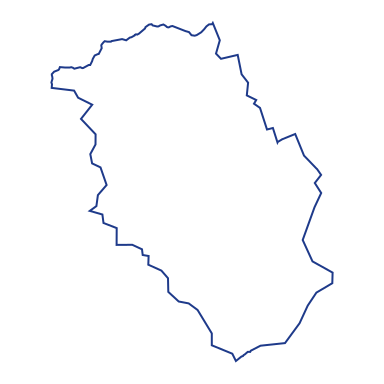 Haywood, North Carolina, United States of America
{"feature_id": "52423323B65247392842469", "entity_name": "Haywood", "entity_type": "district", "adm_level": 2, "iso_a3": "USA", "parent_name": "United States of America", "parent_adm1": "North Carolina", "projection": "mercator", "projection_center": [-83.035, 35.542], "detail": "fine", "context": "isolated", "style": "outline", "palette": "blue", "viewbox_px": 384, "rotation_deg": 0, "n_neighbors": 0, "source": "geoboundaries", "source_scale": "gbopen_adm2", "svg_char_len": 1761}
<svg xmlns="http://www.w3.org/2000/svg" viewBox="0 0 384 384"><path d="M212.8,23.0L212.1,24.2L209.0,24.4L206.4,26.4L204.2,29.2L201.2,32.3L196.7,35.1L194.7,35.7L191.5,35.2L189.0,32.1L185.5,31.1L172.4,26.0L170.6,26.4L168.9,27.3L168.1,27.4L166.9,27.0L165.6,25.8L163.4,24.5L160.2,25.4L158.5,26.4L157.1,26.5L152.6,25.4L151.6,24.2L149.0,24.6L145.5,27.1L145.0,28.5L138.9,33.7L137.2,34.6L136.0,34.3L134.8,34.9L134.7,35.4L131.5,37.2L129.8,37.6L126.2,40.3L122.1,39.1L111.5,41.1L110.9,41.7L107.6,41.7L104.7,41.2L103.5,42.3L101.6,44.6L101.3,45.4L101.7,48.2L98.7,54.0L97.8,54.1L94.7,55.5L92.8,58.9L92.1,61.2L90.2,65.0L88.7,65.0L83.2,68.0L82.2,68.1L80.2,67.2L74.3,68.7L73.0,67.8L71.3,67.2L69.8,67.5L64.7,67.5L59.9,67.1L59.1,69.2L58.4,70.0L54.1,71.7L51.8,74.2L51.8,75.0L52.3,76.9L52.5,78.8L52.0,80.4L51.4,82.5L52.0,84.2L51.7,87.9L74.1,90.6L78.1,97.7L92.2,104.7L81.0,118.9L95.6,134.3L95.5,144.5L90.3,154.1L92.1,163.4L100.5,167.4L106.6,185.0L97.9,195.1L96.4,206.1L89.8,210.9L102.4,214.5L103.5,223.0L116.7,228.1L116.6,244.9L132.3,244.8L142.0,249.3L142.7,255.0L148.6,256.0L148.3,264.7L161.4,270.6L168.0,278.2L168.3,291.9L178.7,301.5L188.7,303.4L197.6,310.0L211.8,333.4L211.8,345.3L232.3,353.7L235.9,361.0L241.5,356.5L242.9,356.1L243.6,355.1L244.7,354.5L247.7,351.9L250.2,351.9L250.8,350.7L260.5,345.7L285.0,343.1L299.6,323.2L307.5,306.1L307.8,305.5L316.4,292.6L332.3,283.2L332.6,272.6L312.5,261.4L302.7,240.0L314.5,207.3L321.2,193.0L314.8,183.0L321.1,174.9L317.0,169.0L316.9,168.9L316.7,168.8L304.0,155.6L295.2,134.0L281.9,139.4L281.7,139.6L277.6,142.0L277.6,142.3L277.5,142.5L272.9,128.0L267.0,129.5L260.0,107.9L254.0,103.7L256.2,100.0L246.8,95.4L248.1,82.7L241.6,74.3L237.7,54.9L221.0,58.8L216.0,53.6L219.8,40.3L212.8,23.0Z" fill="none" stroke="#1e3a8a" stroke-width="2"/></svg>